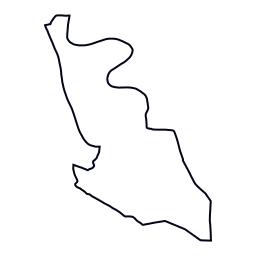 outline of Huyen Hong Ngu, Ðong Tháp, Vietnam, rotated 180°
{"feature_id": "81297802B50587214410487", "entity_name": "Huyen Hong Ngu", "entity_type": "district", "adm_level": 2, "iso_a3": "VNM", "parent_name": "Vietnam", "parent_adm1": "Ðong Tháp", "projection": "natural_earth1", "projection_center": [105.298, 10.803], "detail": "fine", "context": "isolated", "style": "outline", "palette": "ink", "viewbox_px": 256, "rotation_deg": 180, "n_neighbors": 0, "source": "geoboundaries", "source_scale": "gbopen_adm2", "svg_char_len": 4565}
<svg xmlns="http://www.w3.org/2000/svg" viewBox="0 0 256 256"><g transform="rotate(180 128 128)"><path d="M179.0,68.9L177.4,68.2L175.7,67.5L174.3,66.3L172.7,65.3L171.1,64.1L169.8,62.8L169.0,62.1L168.2,61.9L166.5,61.7L165.1,60.6L163.8,59.6L162.7,59.0L160.7,58.0L158.7,56.8L157.5,56.2L155.7,55.1L153.9,54.1L152.4,53.1L149.9,51.8L149.0,51.3L147.3,50.5L145.3,49.3L145.2,49.2L143.9,48.3L142.6,47.5L140.4,46.4L138.5,45.2L136.5,43.9L135.0,42.7L133.5,41.5L133.0,41.0L132.1,40.3L131.3,39.8L130.7,39.6L130.1,39.5L128.9,39.6L128.1,39.6L127.0,39.6L124.7,39.4L123.9,39.3L123.1,39.0L122.5,38.6L121.6,38.0L120.8,37.2L120.0,36.3L119.5,35.7L118.3,34.7L117.1,34.0L116.1,33.4L115.1,32.7L114.3,31.9L113.4,31.2L113.1,31.2L112.0,31.3L110.8,31.6L109.1,31.9L108.4,32.0L107.3,32.2L106.2,32.4L104.9,32.7L104.3,32.8L102.2,33.2L101.9,33.3L91.1,35.0L90.4,34.8L70.9,26.7L55.6,15.8L53.0,15.6L45.0,15.4L45.1,16.6L45.2,19.5L45.2,20.5L45.3,23.3L45.4,24.5L45.5,27.0L45.6,28.4L45.7,30.5L45.8,32.0L46.1,34.2L46.2,36.0L46.1,38.8L46.1,40.1L45.9,43.6L45.7,46.9L45.5,50.6L45.3,54.1L45.3,55.0L47.5,58.1L49.3,60.7L50.0,61.7L50.5,62.5L53.5,65.1L55.6,67.0L56.8,68.1L57.4,68.6L59.3,70.5L61.1,72.6L62.1,74.5L63.4,76.9L65.1,80.2L65.4,80.9L66.5,83.3L67.0,84.0L68.3,86.6L69.2,88.1L70.7,91.1L71.2,91.9L73.1,95.5L73.0,96.7L75.3,103.3L75.5,103.8L76.6,107.6L78.4,114.7L79.6,118.6L81.1,122.8L81.7,124.2L82.1,124.9L83.1,125.5L85.4,125.9L88.4,126.1L90.3,126.3L91.9,126.3L96.1,126.3L101.0,126.4L103.5,126.6L104.8,127.2L105.0,127.2L105.3,127.2L106.0,127.2L106.4,127.4L107.5,127.5L107.9,127.7L108.6,128.0L108.8,128.0L109.2,128.4L109.4,129.2L109.4,131.4L109.6,133.8L109.6,134.9L109.8,136.1L109.8,137.0L110.3,139.9L110.3,140.9L110.1,142.4L109.1,144.3L108.3,146.0L107.8,147.4L107.8,149.0L108.5,153.5L109.0,157.0L110.0,159.6L110.9,160.9L112.0,162.0L113.5,163.1L114.5,163.9L115.7,164.8L116.5,165.3L117.4,165.8L119.8,167.2L121.5,167.7L125.0,168.4L129.0,168.6L133.2,168.5L137.3,168.4L140.8,168.8L143.8,169.5L145.4,170.4L147.1,171.9L147.9,173.1L148.4,174.7L148.6,176.4L148.7,177.7L148.2,179.9L147.6,181.8L146.6,183.6L144.6,185.7L144.4,185.8L142.8,186.8L140.4,188.3L135.4,191.7L131.8,193.8L129.7,195.4L126.4,198.5L124.7,201.0L123.8,203.3L123.4,205.4L123.4,206.5L124.3,208.1L126.0,210.5L127.5,211.8L129.6,212.8L133.6,214.8L137.5,216.4L140.0,217.0L142.4,217.3L143.9,217.3L145.7,217.3L147.2,217.3L149.9,216.9L152.4,216.1L156.0,214.9L156.3,214.9L161.2,213.2L164.4,212.1L167.5,211.3L171.1,210.7L176.8,210.6L180.3,211.2L182.2,211.6L186.0,213.8L187.3,215.3L188.2,216.6L188.8,218.2L188.8,220.7L188.4,226.1L188.1,229.5L187.9,232.1L187.5,234.2L187.0,237.1L186.5,240.4L187.2,240.4L188.4,240.4L189.9,240.2L191.8,240.4L194.4,240.6L198.6,240.6L199.1,240.6L199.6,240.4L200.1,240.2L200.9,239.5L201.6,238.6L202.7,237.2L203.2,236.3L203.8,235.6L204.6,234.4L205.1,233.5L205.2,233.0L205.3,232.8L205.5,232.1L205.7,231.8L206.5,231.8L207.4,231.6L207.8,231.4L208.3,231.3L208.9,231.2L210.0,231.0L210.4,231.0L211.0,230.8L211.0,230.7L210.4,229.1L209.4,226.8L208.4,224.9L207.1,221.3L207.0,221.2L206.8,220.7L203.3,212.6L201.2,207.2L198.8,202.2L197.5,198.3L196.7,194.2L195.3,187.5L194.8,183.5L194.8,181.4L194.7,181.3L194.4,179.5L194.0,176.6L193.8,174.9L193.7,174.1L192.5,168.6L191.6,165.3L189.6,159.5L188.7,157.0L187.5,154.3L186.8,152.9L186.0,151.2L184.2,147.5L182.3,142.1L179.1,132.1L177.9,128.3L177.7,127.7L176.3,124.2L175.8,123.3L173.6,119.3L172.3,117.0L170.9,115.1L169.5,113.5L167.6,111.8L166.4,111.2L165.8,110.8L163.2,110.1L160.4,109.3L158.8,109.3L157.6,109.3L156.5,109.3L156.3,109.3L156.9,104.1L157.0,103.9L157.3,102.8L157.9,101.6L158.3,100.7L158.8,99.5L159.1,98.7L159.5,97.8L159.9,97.4L160.4,97.0L160.7,96.6L160.8,96.5L161.0,96.3L161.1,96.1L161.3,95.9L161.9,95.6L162.1,95.4L162.5,95.1L162.6,94.9L162.8,94.7L162.8,94.3L162.9,94.1L162.9,93.8L162.9,93.5L162.9,93.3L162.8,93.0L162.7,92.6L162.6,92.4L162.3,91.8L162.2,91.5L162.0,91.0L161.9,90.7L161.9,90.4L161.9,90.1L162.0,89.9L162.1,89.7L162.4,89.4L162.6,89.0L162.7,88.8L163.0,88.5L163.2,88.3L163.5,88.1L163.9,87.9L164.3,87.7L164.6,87.6L165.2,87.3L165.6,87.1L166.1,87.0L166.8,86.7L167.1,86.5L167.5,86.4L167.8,86.2L168.0,86.0L168.2,85.8L168.6,85.9L169.9,86.5L170.7,86.9L171.2,87.0L173.1,87.8L175.1,88.6L175.6,88.7L177.9,89.5L180.4,90.4L180.9,90.6L181.6,90.9L182.0,91.0L182.6,91.2L182.7,88.6L182.8,87.6L182.7,87.3L182.7,86.6L182.5,85.9L182.2,84.6L182.0,84.0L181.8,82.7L181.4,81.5L180.9,80.4L179.7,77.8L178.8,76.0L178.6,75.5L178.6,74.7L179.0,73.9L179.8,73.1L180.6,72.3L180.8,71.9L180.8,71.6L180.8,71.3L180.7,70.9L180.6,70.5L179.9,69.8L179.2,69.1L179.0,68.9Z" fill="none" stroke="#020617" stroke-width="2"/></g></svg>